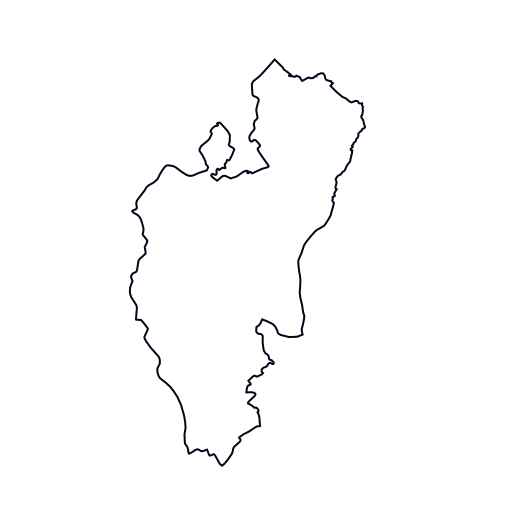 Nam Dan, Nghệ An, Vietnam (Robinson projection), rotated 229°
{"feature_id": "81297802B54877143810300", "entity_name": "Nam Dan", "entity_type": "district", "adm_level": 2, "iso_a3": "VNM", "parent_name": "Vietnam", "parent_adm1": "Nghệ An", "projection": "robinson", "projection_center": [105.532, 18.674], "detail": "fine", "context": "isolated", "style": "outline", "palette": "ink", "viewbox_px": 512, "rotation_deg": 229, "n_neighbors": 0, "source": "geoboundaries", "source_scale": "gbopen_adm2", "svg_char_len": 6136}
<svg xmlns="http://www.w3.org/2000/svg" viewBox="0 0 512 512"><g transform="rotate(229 256 256)"><path d="M120.0,92.9L119.9,95.9L120.7,100.6L122.5,107.8L123.9,110.4L125.5,112.3L126.3,114.1L126.5,122.6L127.0,123.4L127.8,123.9L130.0,124.0L130.2,124.5L129.6,129.7L128.0,136.1L127.6,140.3L126.9,144.7L125.0,147.5L131.4,152.2L134.9,154.2L137.0,154.6L137.1,156.0L138.2,156.7L139.6,157.0L140.6,156.9L141.4,156.6L142.1,156.0L142.4,155.3L145.1,154.9L147.3,154.3L149.9,153.3L150.5,153.6L150.9,154.8L151.3,163.5L151.8,164.7L152.5,165.1L154.0,164.9L156.4,163.0L159.3,159.3L161.4,161.4L162.7,163.2L163.3,164.4L163.3,165.5L162.5,167.4L162.8,168.0L166.9,168.4L167.1,174.8L166.7,176.3L164.3,177.6L162.8,182.8L162.9,183.6L163.2,184.5L163.6,184.3L164.5,184.3L165.7,184.9L166.5,185.7L166.8,186.4L166.7,188.8L165.9,190.4L165.8,191.8L165.8,192.5L166.6,194.7L166.5,195.5L166.1,196.5L165.7,196.9L163.7,197.5L163.3,198.1L163.4,199.0L163.8,199.4L164.7,199.6L167.2,199.4L168.6,198.4L169.4,198.3L170.4,198.7L170.9,199.2L173.1,200.0L174.5,199.9L176.1,199.3L179.3,199.8L181.3,200.9L186.4,204.3L191.2,208.6L193.0,208.8L193.8,208.4L195.9,206.7L197.7,206.4L198.9,206.6L202.0,209.6L201.8,213.2L202.4,215.5L204.1,219.1L199.9,221.3L195.2,223.4L192.5,224.2L189.9,224.2L185.4,223.0L183.5,221.9L180.4,222.7L173.1,227.8L168.0,234.2L166.1,239.6L168.9,241.1L170.7,242.4L175.1,248.6L178.0,252.1L179.6,253.4L182.5,254.6L188.7,258.6L194.9,261.8L199.3,264.6L204.0,269.3L208.8,273.8L212.3,276.3L215.8,278.3L221.5,282.2L224.1,284.3L225.3,285.8L228.3,292.1L232.5,299.2L233.6,302.7L234.8,309.2L235.8,316.7L235.7,319.3L234.7,323.8L234.2,327.1L234.3,328.4L236.1,334.7L237.8,339.1L244.5,349.1L245.1,349.6L247.7,349.9L249.2,351.9L250.2,352.4L250.2,352.9L249.7,354.4L249.7,355.0L251.7,355.9L252.6,358.0L253.4,360.7L253.9,360.5L254.9,360.4L256.3,361.7L257.0,363.0L258.9,365.3L261.6,366.4L262.2,367.7L262.8,370.5L262.0,373.3L262.6,376.5L262.3,379.0L264.6,384.0L264.9,385.3L265.2,386.1L265.3,388.0L265.5,388.7L266.3,390.0L267.4,391.2L268.6,393.2L269.5,393.8L270.2,395.6L271.9,397.0L272.4,397.9L273.8,397.1L274.1,397.2L274.5,397.6L274.7,398.2L274.7,399.0L275.0,400.8L276.3,400.8L276.6,403.1L277.2,403.6L277.2,406.6L278.4,408.4L278.6,410.2L279.6,412.2L280.7,412.9L281.3,413.9L281.5,416.6L281.3,418.2L282.0,419.0L282.1,419.4L282.0,420.1L281.4,421.3L281.4,421.6L281.9,423.1L284.4,423.9L285.1,424.4L288.3,426.0L291.6,426.5L292.6,427.3L292.6,428.5L295.8,432.4L296.8,432.7L297.2,433.0L298.5,434.7L299.8,434.7L301.6,436.2L302.3,435.1L303.6,434.0L304.0,433.9L305.7,434.4L306.1,434.3L306.8,433.7L307.2,433.5L307.9,432.6L309.2,428.9L311.9,427.7L312.9,427.7L315.9,427.2L319.4,425.6L320.5,425.4L328.0,424.3L335.6,423.8L335.9,427.4L337.9,426.9L338.6,427.4L339.8,426.3L341.1,425.6L342.3,424.7L342.9,424.6L344.8,424.9L346.6,426.0L348.3,426.5L349.9,426.4L350.5,425.6L351.3,425.0L351.8,423.2L352.4,422.1L352.5,420.0L351.9,419.5L352.9,418.4L352.8,416.0L354.6,413.5L355.8,413.2L356.5,411.9L357.8,405.7L360.9,406.0L362.2,406.5L362.6,406.4L364.1,405.4L365.6,404.8L365.6,403.4L365.8,402.7L366.8,401.9L367.8,401.6L368.5,400.5L370.2,399.2L370.6,399.5L370.2,401.1L372.5,400.8L379.0,399.3L380.0,399.9L392.1,399.0L390.8,389.9L389.5,378.9L389.4,374.6L389.7,368.8L388.7,365.8L380.3,359.4L379.3,359.1L378.2,359.1L376.4,360.2L374.5,360.9L373.5,360.9L372.2,360.6L370.9,359.3L370.2,357.7L367.3,353.5L365.8,351.8L361.0,348.9L359.6,348.0L359.0,347.4L358.6,343.3L357.0,340.8L353.5,338.9L353.1,338.5L352.7,337.6L351.8,333.0L350.8,329.8L349.5,328.4L347.9,327.5L346.6,327.2L345.5,327.4L345.1,328.0L344.8,330.8L343.9,331.5L343.1,331.8L337.4,331.8L336.7,331.4L336.2,330.9L336.0,328.0L335.8,327.6L335.2,327.2L333.0,326.6L327.8,325.9L316.3,324.8L315.6,324.5L315.3,324.1L315.3,323.2L317.8,317.8L320.8,307.7L321.1,307.2L322.9,307.1L323.4,306.7L323.4,305.1L323.6,304.4L324.5,304.0L324.8,304.3L325.3,305.5L325.8,305.4L326.6,304.7L327.8,302.0L328.6,294.3L328.9,293.0L330.6,289.1L330.9,288.0L336.8,285.3L338.2,283.4L338.3,276.1L344.4,274.7L346.3,275.1L346.7,276.8L346.2,277.3L344.1,278.4L343.6,279.0L343.6,279.7L343.8,280.1L346.8,282.7L347.0,283.3L347.0,284.2L346.8,284.5L345.1,284.7L344.7,288.3L344.4,289.0L343.1,289.6L342.6,290.2L342.5,290.7L345.5,292.4L345.9,292.9L346.0,294.8L347.2,296.6L347.4,297.3L346.2,298.1L345.9,298.5L345.9,299.1L347.9,304.2L350.6,309.4L351.3,309.7L351.8,309.7L353.7,309.2L356.7,308.2L357.9,308.6L359.5,311.1L363.9,315.2L365.2,315.9L369.6,316.6L379.2,316.4L380.5,316.1L381.6,314.2L381.5,313.5L379.7,313.3L379.5,313.0L379.6,312.2L380.7,310.8L381.0,309.5L381.0,306.5L380.2,303.9L379.5,303.2L378.3,303.2L377.4,303.0L376.8,302.0L375.1,298.0L374.7,295.7L374.9,289.5L374.8,286.5L374.1,284.4L373.4,283.1L371.9,282.3L366.6,281.6L361.0,280.1L358.0,278.4L355.2,278.4L354.3,278.0L353.0,275.4L353.1,274.6L356.3,267.1L357.9,261.7L358.8,260.0L360.4,258.1L362.9,256.7L368.7,255.0L375.1,253.7L377.8,252.7L381.8,249.5L382.9,248.0L383.1,246.2L382.3,241.9L380.4,236.2L378.8,232.6L378.6,231.0L378.6,226.7L379.7,222.0L379.7,218.3L378.5,214.8L376.8,206.3L375.9,202.4L374.3,200.1L370.5,197.7L370.2,197.0L370.1,196.1L371.2,192.6L371.1,192.0L369.1,191.9L365.8,193.2L363.5,193.7L360.9,193.6L358.6,192.9L355.7,191.7L350.6,189.2L348.1,186.7L347.3,185.3L346.4,184.5L339.1,184.1L338.7,183.8L337.6,182.4L335.8,177.9L332.4,175.9L330.4,174.4L330.2,173.8L330.1,166.9L329.9,165.2L329.2,163.8L323.2,156.7L322.7,155.4L322.9,153.9L323.6,152.1L323.6,151.1L322.9,148.8L322.1,147.9L317.9,146.2L316.3,142.8L314.8,140.4L312.0,137.5L309.9,136.1L306.6,134.8L297.2,133.4L295.0,132.1L287.1,124.0L286.5,123.8L283.5,126.9L282.9,127.3L279.0,127.3L273.0,126.9L272.0,126.6L271.2,125.5L268.4,119.1L267.9,118.5L267.0,117.9L263.5,117.1L255.8,116.4L243.8,116.5L242.4,116.1L240.5,115.1L237.9,112.8L235.7,107.6L232.8,105.3L229.4,103.8L226.8,103.4L218.7,104.9L213.8,105.4L208.1,105.2L201.0,104.2L192.5,101.6L182.3,96.8L179.0,94.7L178.2,94.4L172.4,90.0L168.3,85.0L162.4,80.3L160.8,79.3L157.1,78.9L154.2,77.6L152.5,76.3L150.7,75.8L150.0,78.1L149.4,83.0L148.8,84.5L148.1,85.3L147.1,85.9L145.0,86.4L143.5,88.1L142.0,92.0L139.5,91.2L137.1,90.2L135.9,90.1L135.3,90.7L134.4,93.5L133.8,94.3L132.5,94.3L122.8,92.3L120.0,92.9Z" fill="none" stroke="#020617" stroke-width="2"/></g></svg>